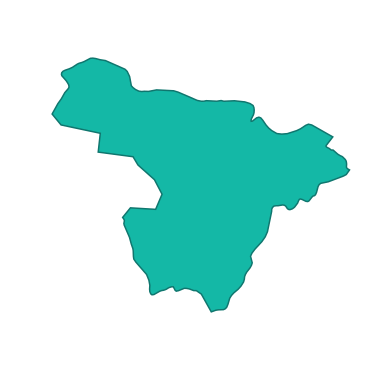 Pichincha, Natural Earth projection, rotated 10°
{"feature_id": "ECU-1287", "entity_name": "Pichincha", "entity_type": "Province", "adm_level": 1, "iso_a3": "ECU", "parent_name": "Ecuador", "parent_adm1": "", "projection": "natural_earth1", "projection_center": [-78.482, -0.183], "detail": "fine", "context": "isolated", "style": "filled", "palette": "teal", "viewbox_px": 384, "rotation_deg": 10, "n_neighbors": 0, "source": "natural_earth", "source_scale": "10m", "svg_char_len": 2604}
<svg xmlns="http://www.w3.org/2000/svg" viewBox="0 0 384 384"><g transform="rotate(10 192 192)"><path d="M343.3,142.9L340.9,148.0L338.5,149.9L324.4,158.3L317.3,161.1L315.9,162.7L315.2,164.8L314.7,170.7L314.1,173.2L313.3,174.3L312.0,174.9L311.0,176.2L308.8,180.4L307.7,181.3L305.8,181.4L301.6,180.2L299.8,180.1L299.0,180.6L298.4,182.3L297.9,184.7L295.6,189.2L293.8,191.1L291.5,192.4L290.0,192.4L288.8,191.8L286.7,189.6L285.2,189.0L283.6,189.0L279.0,190.6L277.3,190.9L275.2,191.6L274.0,193.2L273.5,194.9L273.8,197.4L273.2,218.0L271.9,223.4L269.4,228.8L263.9,237.4L261.7,241.7L260.8,245.1L263.6,251.3L263.3,253.8L262.3,256.7L259.8,261.4L258.9,264.0L258.5,266.3L258.7,268.8L258.4,271.7L256.5,276.3L254.3,279.8L250.7,284.1L248.8,287.1L247.6,290.1L246.9,296.3L246.2,299.5L245.1,301.2L243.4,302.4L238.3,303.5L236.0,304.3L231.8,306.7L218.9,290.9L213.4,288.4L210.8,288.8L206.1,287.9L203.1,287.9L201.1,288.2L195.9,291.5L193.7,292.4L192.4,291.7L191.4,290.3L190.0,288.6L188.1,289.0L185.7,290.3L183.6,292.2L182.2,293.1L180.8,293.8L179.3,294.3L177.5,295.3L172.3,299.6L170.4,300.2L169.1,299.5L167.8,297.5L167.1,295.0L166.7,291.3L164.9,286.4L161.6,281.1L148.9,270.8L146.3,268.1L145.5,265.6L144.3,260.0L143.6,258.0L141.3,253.9L138.3,247.5L131.0,236.4L130.4,234.9L130.4,232.0L129.8,230.8L128.1,229.1L134.1,218.3L159.2,215.4L162.9,199.4L152.9,186.4L134.1,174.8L127.8,167.5L92.7,169.0L91.5,150.1L51.4,148.7L40.7,139.5L44.6,128.2L47.1,123.0L49.5,116.2L52.0,112.0L52.6,110.6L52.5,109.3L51.9,107.8L50.5,106.1L48.7,104.2L43.6,100.1L43.0,98.8L43.0,97.2L44.0,95.5L45.9,94.1L49.7,92.0L52.6,90.0L56.8,86.0L58.5,84.8L61.0,83.6L63.1,82.3L68.7,78.0L71.1,77.4L74.0,77.3L78.6,77.7L83.9,77.6L104.6,82.7L106.3,83.8L107.3,84.6L110.5,89.1L113.8,97.9L115.7,99.4L118.6,100.9L122.1,101.9L125.0,101.8L127.5,101.1L131.7,100.5L139.4,97.6L156.4,95.5L161.2,96.1L181.3,100.9L185.5,101.0L188.0,100.5L190.2,99.6L200.6,98.3L204.8,96.9L207.6,97.1L217.9,94.8L228.4,94.1L233.8,94.8L237.1,96.2L238.3,98.1L239.0,100.4L239.3,103.1L239.1,105.3L237.9,109.3L237.7,111.0L238.0,112.1L239.2,111.7L242.7,107.8L244.9,106.7L246.9,107.1L249.1,108.9L253.3,113.2L256.4,115.7L259.9,117.7L265.4,119.7L270.3,119.4L275.7,118.0L284.4,113.4L287.9,110.9L292.4,106.6L294.9,105.0L298.3,105.2L321.1,113.3L316.1,122.8L316.0,123.1L316.0,123.5L316.1,123.8L316.5,124.2L317.2,124.6L319.6,125.3L321.7,126.4L322.1,126.5L322.3,126.5L323.3,126.2L323.7,126.2L328.9,129.4L331.7,130.5L332.6,130.7L333.4,130.9L334.3,131.3L337.2,133.3L338.1,134.3L338.8,135.6L339.4,137.6L339.7,140.1L339.8,140.6L340.0,141.1L340.9,142.0L343.3,142.9Z" fill="#14b8a6" stroke="#0f766e" stroke-width="1.5"/></g></svg>